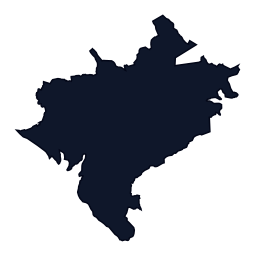 outline of Las Vigas de Ramírez, Veracruz, Mexico
{"feature_id": "50627088B43841606180493", "entity_name": "Las Vigas de Ramírez", "entity_type": "district", "adm_level": 2, "iso_a3": "MEX", "parent_name": "Mexico", "parent_adm1": "Veracruz", "projection": "orthographic", "projection_center": [-97.091, 19.617], "detail": "fine", "context": "isolated", "style": "filled", "palette": "ink", "viewbox_px": 256, "rotation_deg": 0, "n_neighbors": 0, "source": "geoboundaries", "source_scale": "gbopen_adm2", "svg_char_len": 5687}
<svg xmlns="http://www.w3.org/2000/svg" viewBox="0 0 256 256"><path d="M220.1,115.0L220.3,114.3L219.3,112.3L219.4,111.3L219.9,109.8L220.4,109.3L221.3,108.7L221.6,108.1L221.5,104.6L219.8,103.6L218.8,103.4L213.7,103.5L211.7,101.9L209.3,101.0L207.3,101.1L206.5,100.7L207.5,99.3L210.1,98.6L210.5,98.0L213.8,97.5L215.6,97.4L218.5,98.8L219.4,99.5L221.1,99.4L221.3,99.0L221.0,98.6L220.1,97.9L219.9,97.3L218.3,96.4L216.9,91.7L219.8,89.1L220.7,88.8L221.5,88.9L222.1,89.8L223.1,92.3L225.0,93.8L225.4,96.8L231.0,97.9L232.2,97.9L233.3,97.4L234.7,97.3L235.2,96.7L236.4,96.8L237.4,95.8L237.9,94.9L237.6,94.2L236.3,93.0L234.1,92.3L232.9,92.5L230.6,88.5L229.2,83.9L227.4,80.9L227.3,79.6L227.9,77.1L232.0,75.5L236.0,74.5L237.4,73.7L237.5,72.9L238.1,72.3L238.5,71.0L239.4,69.7L237.7,67.2L237.6,66.5L238.3,65.3L234.9,67.2L230.0,69.3L229.5,68.7L224.2,66.1L222.8,65.1L222.6,64.3L222.2,64.5L222.1,65.0L221.7,65.1L220.6,64.7L219.7,64.1L218.5,64.7L218.3,65.4L217.1,66.1L216.9,66.7L216.7,66.7L214.7,65.2L213.6,65.2L211.9,63.6L211.5,63.5L210.0,64.3L208.9,64.2L207.9,63.8L206.7,62.1L205.8,59.8L203.8,57.7L203.5,56.9L203.4,56.2L201.3,57.4L201.1,59.6L201.4,60.3L201.0,61.3L199.1,62.3L174.9,65.7L175.3,57.7L196.3,44.7L189.7,40.7L188.7,42.8L188.6,44.2L185.8,42.9L183.0,39.8L182.1,37.8L181.2,36.6L180.0,35.9L179.4,34.9L177.9,33.5L177.7,32.3L176.7,30.2L173.5,28.4L173.5,24.3L172.9,23.3L170.4,21.6L168.5,19.5L166.0,18.5L162.8,15.4L152.8,21.2L153.6,23.3L155.5,25.7L156.0,29.1L158.8,35.7L157.4,36.0L155.7,37.2L154.8,37.1L153.0,38.5L151.5,40.1L151.0,42.7L151.0,44.9L151.2,45.6L151.4,47.8L150.9,48.5L150.3,48.7L149.7,49.6L148.0,49.1L145.4,47.2L142.1,48.0L140.3,48.6L139.4,50.0L139.2,50.8L139.2,52.5L138.8,53.4L137.0,55.0L137.4,56.8L137.0,58.4L137.1,59.1L134.0,62.8L134.6,64.1L134.6,64.6L128.4,66.4L127.9,66.3L126.7,65.0L125.7,65.6L124.8,65.4L124.5,65.5L124.3,66.0L124.8,67.3L124.9,68.8L125.6,70.4L124.8,70.1L122.6,68.3L121.2,67.5L120.0,67.2L118.1,67.2L115.8,66.1L114.7,63.4L113.5,62.0L111.7,60.9L103.2,60.5L102.0,60.8L97.4,55.2L96.2,52.5L93.6,49.7L93.0,49.5L92.5,48.7L89.9,51.0L90.7,52.5L92.5,54.8L95.3,57.6L95.4,58.8L97.4,62.6L97.6,64.2L97.5,66.6L96.6,68.1L96.5,70.6L96.2,71.4L96.8,73.8L95.6,74.7L92.8,75.7L92.2,74.9L91.7,74.8L91.5,75.1L90.0,74.6L89.6,74.8L87.8,75.0L85.8,74.9L85.5,74.5L84.6,74.7L83.9,74.5L83.3,75.1L82.6,74.8L82.1,75.6L80.8,76.4L80.2,76.4L79.9,75.9L79.0,75.5L76.1,75.7L74.6,76.3L71.2,76.6L71.2,77.7L71.7,79.7L71.2,81.3L69.5,80.9L68.6,81.3L67.1,81.1L66.5,80.6L66.0,81.0L64.5,79.5L61.3,79.4L60.5,79.0L57.9,78.6L52.7,79.7L51.9,80.6L50.1,83.7L43.6,81.7L43.5,83.1L43.9,84.5L42.7,86.0L42.7,87.3L41.6,88.3L41.5,89.7L40.9,90.0L38.9,88.9L38.3,89.1L38.0,90.2L38.1,91.2L37.4,92.5L36.8,92.6L36.3,94.1L36.6,95.2L36.3,95.6L37.0,96.8L36.7,97.8L37.1,98.0L37.2,98.7L39.0,100.2L38.8,101.3L38.4,101.5L38.0,102.7L38.1,103.5L38.4,103.8L39.2,104.1L39.7,103.7L41.2,104.0L41.1,104.9L41.3,106.0L41.7,106.6L42.3,107.0L44.0,106.5L44.9,107.2L45.3,108.5L45.8,110.9L45.6,112.1L44.7,112.8L44.2,114.2L44.3,115.3L42.4,120.7L41.9,121.4L39.7,122.2L38.8,122.8L40.1,123.1L39.6,124.8L39.0,124.6L37.2,126.3L36.6,124.8L33.0,126.5L32.4,127.5L31.0,128.4L25.8,130.3L25.1,130.2L24.6,129.8L21.2,130.7L20.2,131.1L19.8,131.1L19.2,130.5L16.6,130.2L20.0,133.8L23.3,136.8L27.3,138.3L37.8,145.5L44.6,150.6L46.2,152.0L48.9,156.1L49.5,158.4L50.8,157.2L51.3,156.2L52.5,156.5L55.1,159.5L56.7,160.9L57.4,162.5L58.6,164.0L59.4,163.5L60.5,160.8L60.6,159.1L60.1,156.1L60.2,154.4L59.7,153.1L59.4,150.1L63.4,152.6L64.2,153.7L64.5,154.8L64.8,157.6L64.5,159.2L68.1,160.0L69.3,161.8L69.5,163.3L69.1,166.0L67.0,169.9L67.8,170.5L69.8,169.9L71.4,168.7L72.0,166.6L73.7,165.5L75.1,164.0L76.7,163.9L77.7,163.3L79.2,161.4L80.5,160.5L81.3,160.2L82.0,159.2L82.1,157.9L81.9,157.0L82.2,156.7L82.5,155.3L83.3,154.2L83.8,154.0L85.4,154.0L85.9,155.0L85.5,158.0L85.2,159.0L82.4,163.9L82.0,165.9L81.9,170.4L81.3,171.6L80.2,172.6L79.1,174.0L79.0,174.6L79.4,176.2L79.7,176.3L80.4,175.8L82.7,175.7L83.0,176.0L81.7,178.4L81.4,180.1L80.2,180.8L79.8,182.3L79.8,183.4L78.7,186.5L78.5,188.7L77.8,191.5L77.7,192.3L78.6,195.5L80.0,198.3L82.9,201.7L86.4,202.6L88.6,204.1L91.1,209.2L92.8,211.4L93.3,214.8L94.4,216.2L96.5,217.2L99.0,220.2L101.3,221.6L104.1,223.7L106.6,226.2L108.9,227.0L115.0,234.3L117.3,235.9L118.3,236.9L120.0,239.8L120.9,239.8L122.3,240.6L125.0,239.8L127.7,240.4L128.3,240.2L128.9,239.5L129.5,237.8L132.7,236.4L133.4,235.2L133.9,233.5L134.3,230.1L133.7,227.6L129.3,222.9L126.9,220.6L127.1,218.9L126.9,218.2L124.6,216.5L126.7,212.5L128.0,207.4L129.3,207.2L130.3,207.4L133.7,209.1L135.5,208.7L136.6,207.5L137.0,207.6L138.6,208.1L140.1,209.4L140.7,209.3L141.1,209.6L140.9,208.6L139.5,205.7L139.5,204.8L138.8,203.1L139.0,202.3L138.8,199.3L139.1,198.7L139.7,198.4L139.1,196.2L139.3,195.7L137.0,195.2L135.9,195.8L134.7,195.8L132.9,196.3L131.9,196.2L131.2,195.7L131.0,195.1L131.2,193.7L130.4,193.3L130.4,192.7L130.8,190.6L130.9,187.1L131.4,185.7L131.1,184.7L130.9,184.4L130.8,183.5L131.7,182.4L132.7,183.1L133.6,181.0L134.3,180.2L134.7,178.3L135.9,177.1L136.5,177.5L137.1,177.4L138.5,176.1L140.0,175.4L141.3,174.2L141.5,173.1L142.1,172.3L144.7,170.3L148.8,168.3L149.8,166.2L150.5,165.7L152.9,165.6L153.9,165.8L154.4,166.4L155.5,166.6L156.4,166.5L157.4,166.2L162.6,163.2L164.1,162.8L164.0,158.7L166.0,156.9L167.9,155.9L169.3,155.5L171.9,155.2L173.9,153.3L174.6,153.1L175.7,153.2L178.0,150.9L180.8,150.1L182.4,149.3L183.1,148.2L184.2,148.1L186.4,147.2L186.8,146.6L187.6,144.0L188.6,143.4L188.6,142.3L188.8,141.9L192.2,140.4L193.2,138.3L193.1,137.7L195.3,136.0L196.5,135.4L199.7,134.3L200.8,134.4L201.6,134.8L209.9,131.7L209.3,117.3L211.3,117.0L212.1,115.8L214.4,114.6L215.5,114.4L215.9,112.4L218.0,113.2L219.2,114.6L220.1,115.0Z" fill="#0f172a" stroke="#020617" stroke-width="1.5"/></svg>